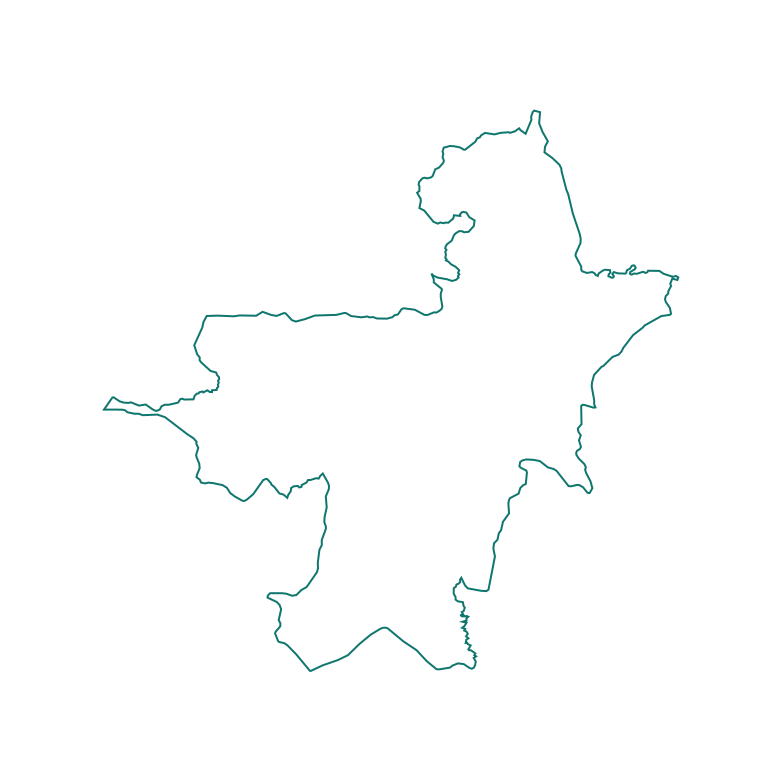 the district of Lubudi, Katanga, Democratic Republic of the Congo, rotated 100°
{"feature_id": "63176286B52782039621830", "entity_name": "Lubudi", "entity_type": "district", "adm_level": 2, "iso_a3": "COD", "parent_name": "Democratic Republic of the Congo", "parent_adm1": "Katanga", "projection": "natural_earth1", "projection_center": [26.13, -10.358], "detail": "fine", "context": "isolated", "style": "outline", "palette": "teal", "viewbox_px": 768, "rotation_deg": 100, "n_neighbors": 0, "source": "geoboundaries", "source_scale": "gbopen_adm2", "svg_char_len": 6161}
<svg xmlns="http://www.w3.org/2000/svg" viewBox="0 0 768 768"><g transform="rotate(100 384 384)"><path d="M227.9,112.7L226.9,115.3L228.1,117.6L228.1,119.3L226.9,127.8L224.8,132.4L226.6,143.6L228.1,144.0L229.2,145.6L228.5,148.4L231.6,154.2L231.8,157.1L233.2,158.9L233.2,160.2L232.6,161.0L230.9,160.9L227.3,156.8L225.6,156.4L223.8,158.1L223.9,159.1L224.6,160.4L227.7,161.8L229.9,164.6L232.4,164.7L233.4,165.5L234.4,172.8L233.9,177.1L236.0,178.2L237.8,176.4L239.2,176.6L239.8,178.0L238.9,181.7L236.9,181.7L234.9,180.4L232.6,181.3L233.1,186.2L234.3,188.2L237.9,191.8L240.4,192.2L239.9,194.5L238.4,195.9L237.6,198.4L239.4,203.5L238.6,208.3L237.5,209.5L234.1,210.2L224.4,217.7L221.9,217.7L211.3,215.0L207.1,215.4L202.5,217.2L183.2,227.7L165.0,235.6L160.9,238.2L143.4,246.2L141.2,246.7L137.6,249.3L132.3,257.3L128.0,266.2L122.3,266.6L116.5,264.8L108.3,271.6L100.3,276.5L89.2,277.5L88.7,283.6L90.6,284.8L95.4,285.5L98.2,284.7L113.0,288.0L110.3,293.7L108.7,295.3L112.4,298.9L114.8,303.5L114.4,304.9L116.4,312.7L119.0,318.6L119.2,328.1L122.2,331.5L124.5,332.5L125.9,334.9L129.5,336.1L139.1,344.7L139.4,345.9L137.8,350.4L137.7,355.8L138.1,360.3L140.9,366.2L145.0,366.7L146.9,365.6L150.4,365.7L153.6,363.8L155.8,364.0L161.2,367.3L163.7,370.8L170.7,372.2L172.3,373.4L174.0,377.2L173.8,379.9L174.8,381.9L179.0,384.5L181.9,384.5L183.2,383.4L187.8,382.7L189.9,384.6L195.2,380.1L197.5,379.5L204.6,379.7L206.2,374.5L215.7,363.4L216.7,358.8L215.2,356.7L215.3,353.1L214.4,351.7L214.0,348.7L209.0,344.5L205.7,344.4L205.2,338.0L203.6,338.6L201.2,337.0L200.7,335.6L200.9,332.6L204.9,329.0L207.2,323.2L212.8,323.0L219.4,327.1L220.7,331.6L220.0,333.4L220.4,336.5L223.3,339.7L225.5,341.0L231.1,342.2L235.5,346.3L238.5,347.3L239.9,347.2L241.0,345.8L243.4,346.6L245.6,345.5L249.0,345.6L250.4,344.0L251.5,344.5L252.3,341.8L254.5,338.7L256.0,334.1L258.9,329.7L261.8,330.4L262.8,328.9L264.9,329.9L266.2,329.0L269.0,331.3L270.7,334.8L269.9,340.1L269.9,349.6L268.7,354.3L267.0,356.4L272.4,353.1L275.3,352.6L280.3,343.7L281.3,343.3L285.0,343.8L288.6,343.2L297.5,340.0L300.0,340.3L302.3,342.1L304.5,344.7L304.8,347.3L308.5,353.2L308.9,356.2L305.5,366.5L306.0,377.7L307.1,379.6L313.1,382.4L314.3,385.3L316.8,387.5L319.1,392.3L320.7,402.3L320.0,406.3L320.9,410.1L320.4,412.2L322.2,417.6L322.8,428.3L320.8,433.6L320.9,435.3L324.2,442.9L328.6,464.0L333.9,473.2L337.8,481.7L337.1,485.8L331.6,493.0L331.5,494.8L335.6,501.6L335.6,507.0L334.0,516.1L339.0,521.8L341.6,538.3L343.4,543.5L345.5,559.4L347.8,570.4L354.2,572.5L360.1,572.8L378.8,577.6L387.3,573.1L389.8,570.1L392.6,569.7L394.4,567.9L401.3,557.0L401.8,551.3L404.2,549.9L406.0,547.6L407.9,547.2L409.7,548.0L411.2,547.0L413.6,547.4L415.5,546.7L417.1,547.9L418.9,547.8L420.1,552.3L421.8,552.0L422.1,554.3L420.9,556.9L423.7,560.5L422.9,561.3L424.1,564.3L425.5,565.0L426.0,566.7L428.6,568.4L432.2,569.0L434.0,578.1L433.5,580.2L434.3,581.9L438.1,583.6L441.7,592.0L442.5,596.2L444.5,599.2L448.1,600.4L449.9,603.1L450.0,604.9L449.1,607.6L445.6,615.1L447.8,621.6L446.0,630.1L447.0,632.3L447.5,637.0L447.0,641.2L444.1,647.9L444.4,649.1L457.8,655.3L454.7,637.2L454.9,634.3L456.4,631.7L456.6,624.5L455.9,620.3L456.6,616.1L453.5,602.0L454.7,593.9L467.4,569.4L470.6,562.1L473.5,558.5L475.4,558.5L479.2,555.8L486.3,556.7L488.2,556.1L494.6,552.1L498.9,550.9L506.1,552.5L508.4,552.4L510.2,548.8L512.8,547.1L513.0,543.2L511.6,539.7L511.3,534.6L511.6,525.4L513.5,520.7L518.1,516.5L520.6,511.6L523.6,503.1L523.3,500.9L521.8,499.1L515.3,493.7L499.6,486.3L498.0,483.8L497.9,482.6L501.0,478.4L502.6,477.4L504.6,473.9L509.9,468.1L510.4,463.6L512.9,459.5L509.7,459.0L505.9,457.2L502.6,457.4L500.4,455.1L499.4,451.1L500.6,449.5L499.5,447.3L497.8,447.5L494.5,443.2L491.8,442.2L491.3,439.7L488.6,434.6L488.5,431.9L485.5,430.8L482.8,428.7L491.1,421.9L494.0,420.4L497.4,420.1L504.9,421.8L515.4,419.0L525.2,419.4L530.4,418.8L534.4,416.5L536.6,416.1L548.5,418.2L553.5,417.3L558.4,418.8L571.1,418.2L577.1,417.0L580.9,417.3L597.3,424.9L601.4,429.7L607.0,433.6L608.5,437.7L607.5,443.6L607.7,447.9L609.8,459.8L612.6,461.7L614.6,461.6L617.3,451.7L619.8,448.4L623.7,446.2L634.8,446.7L637.6,444.5L640.7,444.1L646.6,447.6L648.5,448.0L655.6,443.6L656.2,442.8L656.6,436.9L658.2,433.6L665.4,423.6L679.3,407.2L679.3,406.3L671.7,395.5L663.9,381.5L657.3,372.4L644.1,362.9L633.0,353.4L625.9,345.3L624.3,342.8L623.7,340.3L623.9,338.1L634.1,320.2L640.5,305.7L649.5,293.8L655.7,282.9L655.5,280.2L651.8,269.7L649.5,267.8L646.3,262.7L646.0,256.8L648.7,250.7L649.2,248.1L647.8,246.3L644.9,245.4L641.3,245.5L638.2,248.1L636.2,246.0L635.4,248.0L633.5,247.2L631.1,252.2L631.4,253.9L630.8,254.8L626.4,253.3L625.6,256.3L624.4,257.1L624.9,258.6L621.5,258.5L619.8,256.7L618.2,259.4L615.5,258.1L613.4,259.9L612.9,262.2L611.1,261.5L610.5,264.7L608.4,262.7L604.7,261.3L604.5,265.3L602.5,261.6L600.3,262.2L598.6,260.6L598.1,262.0L599.3,266.6L598.6,268.1L598.0,267.9L597.5,265.7L595.1,267.8L593.7,266.1L590.3,265.6L588.6,267.2L585.2,268.4L585.2,273.5L583.9,276.1L581.4,276.5L578.3,279.0L572.9,279.8L571.2,278.1L568.9,277.8L567.8,276.0L565.8,274.5L563.7,275.2L561.4,274.2L568.2,269.3L570.7,266.0L570.8,252.6L570.2,247.2L568.4,245.4L534.6,244.8L527.1,247.7L521.8,248.0L517.6,245.2L511.0,245.0L507.6,243.3L499.0,242.9L489.7,238.4L480.0,240.8L476.5,240.7L474.6,240.2L468.6,232.4L462.8,231.7L459.6,229.5L457.8,227.0L446.2,227.9L444.5,228.9L442.6,235.1L441.4,236.4L437.1,236.3L435.2,234.4L433.6,230.9L432.7,223.2L432.9,217.0L437.7,208.0L438.2,202.2L439.6,198.9L452.5,184.5L452.2,181.8L449.8,176.2L449.7,174.0L451.1,170.1L455.7,164.8L455.8,162.9L455.3,162.4L450.4,160.7L443.9,163.8L436.4,169.6L433.3,171.1L431.1,170.7L428.3,172.5L423.6,179.2L420.3,182.3L418.3,182.8L416.3,182.3L414.0,179.8L411.8,179.1L405.5,182.2L400.4,181.3L397.3,184.2L394.3,185.4L389.2,182.5L371.5,186.0L370.1,185.1L369.8,183.2L370.9,173.4L370.3,171.7L367.5,173.5L363.5,174.2L350.4,179.0L346.5,179.4L338.6,178.7L329.2,172.7L328.3,171.2L317.6,163.6L314.4,158.1L310.7,155.7L306.8,154.6L292.6,147.2L283.6,139.0L281.1,137.5L268.9,122.6L266.3,114.5L265.1,113.5L259.4,115.7L254.3,120.7L251.6,122.0L248.5,121.8L245.7,119.8L243.3,120.1L237.6,118.3L235.6,119.5L230.2,118.4L230.6,113.1L227.9,112.7Z" fill="none" stroke="#0f766e" stroke-width="2"/></g></svg>